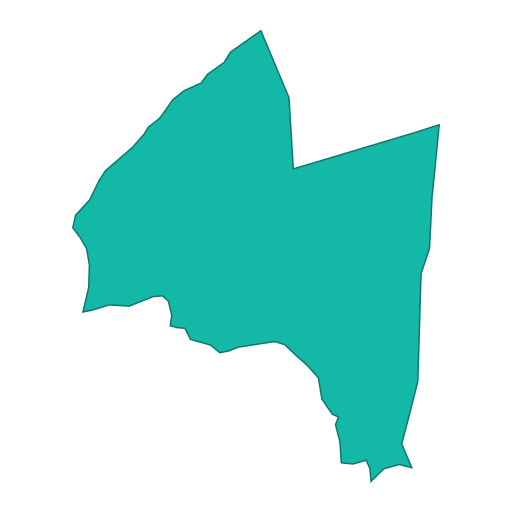 outline of Luís Gomes, Rio Grande do Norte, Brazil
{"feature_id": "56859067B37861563649073", "entity_name": "Luís Gomes", "entity_type": "district", "adm_level": 2, "iso_a3": "BRA", "parent_name": "Brazil", "parent_adm1": "Rio Grande do Norte", "projection": "natural_earth1", "projection_center": [-38.413, -6.378], "detail": "fine", "context": "isolated", "style": "filled", "palette": "teal", "viewbox_px": 512, "rotation_deg": 0, "n_neighbors": 0, "source": "geoboundaries", "source_scale": "gbopen_adm2", "svg_char_len": 965}
<svg xmlns="http://www.w3.org/2000/svg" viewBox="0 0 512 512"><path d="M148.2,127.3L144.2,134.1L132.3,147.5L105.7,170.5L99.1,180.5L89.8,199.7L75.6,215.2L72.8,227.8L80.4,237.9L86.6,248.8L89.4,265.1L88.7,287.6L86.4,297.3L82.9,312.0L91.5,310.3L109.3,304.9L129.2,306.1L153.0,296.6L162.4,295.8L168.4,301.2L171.7,315.1L170.3,325.8L177.2,327.6L185.0,328.3L190.5,339.4L210.6,345.1L219.8,352.7L229.1,350.9L237.8,347.2L267.7,342.6L274.9,341.6L284.6,344.6L296.7,356.0L307.8,365.9L318.4,377.9L321.9,399.1L332.3,414.2L338.5,417.0L335.5,424.7L339.9,441.8L341.3,462.8L353.0,464.0L366.2,460.2L369.9,468.6L371.0,481.3L384.1,468.6L399.5,464.5L411.8,467.7L401.7,443.9L410.7,409.7L417.8,381.4L420.8,281.1L421.2,273.1L429.5,248.5L432.1,196.1L434.2,176.1L439.2,124.8L411.1,133.7L402.4,136.3L389.0,140.3L293.3,168.9L289.0,97.8L260.9,30.7L230.5,52.1L224.1,62.5L207.5,74.3L201.3,82.9L184.3,90.6L173.1,99.4L159.7,118.2L148.2,127.3Z" fill="#14b8a6" stroke="#0f766e" stroke-width="1.5"/></svg>